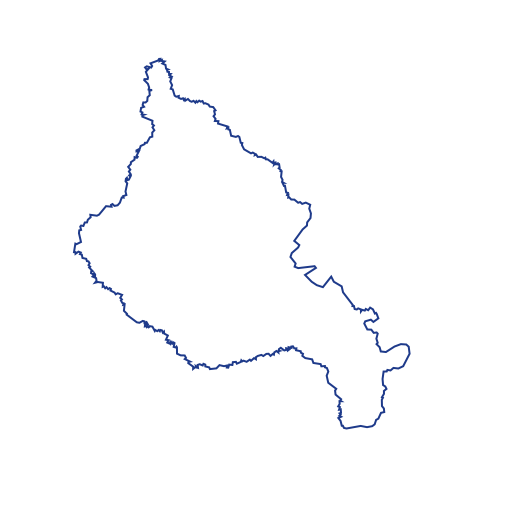 Nam Khun, Ubon Ratchathani, Thailand (Mercator projection), rotated 298°
{"feature_id": "78962969B96008774598843", "entity_name": "Nam Khun", "entity_type": "district", "adm_level": 2, "iso_a3": "THA", "parent_name": "Thailand", "parent_adm1": "Ubon Ratchathani", "projection": "mercator", "projection_center": [104.905, 14.55], "detail": "fine", "context": "isolated", "style": "outline", "palette": "blue", "viewbox_px": 512, "rotation_deg": 298, "n_neighbors": 0, "source": "geoboundaries", "source_scale": "gbopen_adm2", "svg_char_len": 6091}
<svg xmlns="http://www.w3.org/2000/svg" viewBox="0 0 512 512"><g transform="rotate(298 256 256)"><path d="M370.4,69.5L369.4,71.7L370.8,73.2L366.9,72.3L363.0,76.8L361.3,77.3L359.8,74.5L358.8,74.7L357.3,79.7L354.7,82.5L352.6,83.0L353.7,86.3L351.7,84.3L348.1,86.7L345.3,85.7L341.9,87.2L339.7,86.4L338.7,84.4L336.1,85.0L335.2,87.1L332.9,85.0L329.3,86.2L329.4,88.3L327.4,88.5L328.1,90.7L326.9,89.6L325.7,90.2L326.8,101.1L323.7,102.4L323.3,104.6L321.0,104.2L319.3,107.2L316.3,106.4L312.7,108.4L311.0,106.6L304.7,106.5L303.8,104.8L302.4,105.1L299.0,102.5L296.2,103.0L293.1,100.9L292.2,101.4L293.8,103.4L288.5,103.5L288.1,105.0L286.8,104.8L286.3,102.4L284.0,103.5L280.1,101.5L278.4,102.3L274.7,101.3L273.2,104.5L270.9,104.1L269.4,107.0L267.6,106.2L267.3,107.0L268.9,107.8L263.7,107.9L262.6,106.8L264.4,105.3L263.1,104.9L260.7,105.8L259.7,108.2L251.7,110.5L249.0,112.9L246.5,110.6L245.4,111.7L244.6,110.0L239.2,110.8L235.8,110.0L233.8,107.5L234.5,104.9L233.1,104.0L231.7,105.3L229.6,100.2L218.8,98.0L216.9,96.6L214.6,90.4L212.6,91.8L209.1,90.5L206.3,91.0L205.2,89.1L201.5,89.5L200.8,87.3L199.5,87.0L196.9,89.3L195.7,87.9L193.0,89.0L186.2,94.9L182.2,92.0L182.1,90.7L174.0,93.5L174.6,94.7L173.2,95.6L176.5,97.2L176.8,99.7L175.0,99.7L175.4,101.6L172.8,103.7L173.8,107.4L172.1,109.1L172.6,110.6L171.5,112.5L169.3,112.4L168.7,114.6L167.5,114.1L166.0,118.7L165.1,117.7L163.4,118.4L163.4,120.6L164.9,121.0L164.2,122.6L163.0,123.2L163.2,121.8L161.1,121.3L161.4,125.2L159.3,126.8L156.8,126.4L158.8,128.6L160.5,133.4L156.8,135.1L157.8,135.9L156.7,138.0L158.3,138.6L157.3,141.0L158.9,141.8L158.8,143.4L157.2,143.7L157.3,148.3L156.3,150.1L158.2,151.4L158.8,156.0L155.3,155.8L154.7,158.0L153.3,157.6L151.8,160.0L152.1,161.4L150.6,161.7L151.6,162.7L145.6,165.1L144.4,169.2L143.5,169.3L141.5,181.9L142.3,184.4L145.5,186.5L145.9,188.1L144.6,188.9L146.3,190.3L144.8,192.7L144.0,190.0L141.7,190.9L142.5,191.6L141.9,192.9L143.1,193.1L142.6,194.7L144.3,195.5L145.0,197.7L142.3,201.8L143.4,201.8L143.3,204.1L144.9,204.7L144.4,206.4L145.8,206.2L146.2,207.8L144.6,209.7L146.1,210.2L144.4,211.4L144.4,215.5L139.8,215.8L140.6,218.3L137.9,218.3L138.1,220.9L139.7,220.7L138.6,222.0L140.5,222.1L139.6,223.4L141.0,223.8L140.9,224.9L137.1,226.0L137.5,228.0L138.7,228.3L138.2,229.1L132.7,232.1L132.9,236.1L134.7,239.7L133.2,242.0L131.6,241.5L131.8,247.3L130.8,246.1L129.6,246.5L128.8,252.5L126.8,253.5L129.2,254.5L129.6,255.9L130.5,254.9L130.3,257.1L132.4,255.6L134.0,257.1L134.3,260.3L136.1,260.2L136.3,262.2L134.7,263.1L135.7,267.0L134.5,268.4L138.2,273.8L142.5,275.0L143.7,279.5L145.6,281.7L143.8,282.5L144.4,283.9L147.5,283.3L148.7,286.3L151.4,285.4L153.1,288.0L151.9,289.6L155.3,292.3L157.0,292.0L156.5,293.3L157.7,294.1L158.2,297.4L161.6,299.2L161.1,300.8L164.9,302.2L164.8,304.4L166.6,303.4L168.6,304.5L171.2,307.2L171.1,309.4L174.4,311.1L175.6,313.0L174.6,315.7L177.4,316.8L177.3,318.1L179.4,317.4L181.7,318.6L181.3,321.0L182.2,320.3L183.3,321.4L183.1,320.4L184.6,320.0L186.6,321.0L185.9,325.3L187.4,326.9L188.7,325.9L189.4,327.5L187.6,328.5L189.7,329.5L190.9,328.0L191.5,330.4L192.6,329.7L193.6,331.0L192.4,333.2L193.4,335.0L191.6,335.6L192.9,340.2L191.7,341.0L191.7,343.4L189.6,343.8L189.0,347.4L191.1,354.1L188.5,356.9L190.9,363.8L189.3,365.5L191.2,368.5L190.1,369.2L190.4,371.2L187.9,374.1L183.5,374.6L178.0,379.3L176.4,389.2L174.3,389.0L171.0,391.3L169.5,398.4L167.9,398.3L167.8,399.4L167.0,397.9L164.7,399.3L161.8,399.2L162.0,401.0L159.3,401.5L160.4,402.8L157.4,404.7L156.3,403.7L155.7,405.2L154.0,404.6L154.0,406.6L151.6,404.8L150.1,408.1L146.4,411.4L146.9,412.4L145.5,414.4L146.2,416.9L155.1,428.2L157.0,434.4L160.3,438.5L163.1,439.8L167.7,439.0L169.8,440.4L176.2,440.0L178.4,442.5L181.4,440.5L182.6,437.7L188.1,434.6L190.4,434.6L190.4,433.5L194.4,433.7L196.9,432.3L199.9,433.6L201.5,431.4L201.7,428.8L206.8,425.5L213.9,422.9L215.4,425.6L217.1,425.5L218.1,428.5L221.7,429.9L223.5,434.5L227.8,437.7L241.8,437.5L247.6,433.4L248.4,430.2L246.2,425.3L241.1,420.8L232.2,415.8L230.3,411.0L233.5,408.0L234.8,403.8L236.5,404.2L239.5,401.1L244.6,399.9L245.1,398.4L243.4,396.0L245.1,392.4L243.4,388.8L247.2,383.3L249.6,383.1L253.7,387.3L252.9,390.6L258.4,393.3L261.5,389.8L262.1,388.7L261.0,388.0L263.8,384.3L264.0,381.0L260.8,380.5L260.8,377.8L258.9,377.7L258.3,375.0L256.3,374.7L258.1,373.7L257.7,370.8L256.1,370.1L255.5,368.0L257.8,366.0L257.1,364.7L258.2,364.4L264.8,349.9L269.4,345.9L269.8,336.8L273.1,332.1L259.9,329.7L258.8,323.4L259.4,317.3L262.3,308.2L273.6,314.5L274.5,312.5L265.1,298.9L264.7,295.1L268.0,294.5L271.3,286.9L275.4,286.2L283.3,289.2L286.0,289.1L287.3,282.7L301.4,284.7L306.8,286.7L309.7,285.4L315.1,286.3L319.4,284.5L322.8,280.8L326.7,279.8L326.5,274.9L323.7,272.3L324.3,269.6L322.8,268.2L323.8,263.4L322.4,260.6L323.4,257.7L322.7,257.0L325.4,255.8L324.6,254.8L326.7,254.5L326.3,252.8L331.6,248.6L331.0,247.8L333.1,245.0L333.6,246.0L333.7,244.2L335.7,243.7L337.6,241.0L342.8,238.9L342.4,237.8L343.6,237.5L344.1,234.9L345.2,235.3L347.9,233.3L347.0,232.0L347.9,231.6L346.3,230.2L347.2,229.6L345.5,229.1L347.1,228.7L346.3,227.9L347.7,227.0L346.0,226.7L346.8,220.9L346.0,219.4L347.2,218.1L346.2,217.5L346.1,214.2L344.3,211.0L345.7,208.5L344.5,207.6L345.7,207.3L345.8,204.6L344.3,203.4L344.6,195.4L347.4,191.4L349.3,190.9L348.8,189.4L353.3,185.4L353.5,183.8L351.7,182.3L350.5,177.6L355.1,173.7L354.8,172.1L356.4,171.3L355.1,170.3L357.0,170.0L355.1,160.3L357.4,159.5L355.9,156.3L358.1,155.9L359.5,152.9L361.8,153.3L364.3,151.0L365.6,151.9L367.4,148.3L366.2,145.0L367.4,143.0L367.1,139.5L366.1,138.3L367.7,136.0L366.3,134.7L366.5,132.9L364.3,132.1L364.8,130.6L362.9,130.5L363.7,128.0L362.0,126.8L361.8,125.0L362.7,122.2L359.9,120.6L361.3,119.4L359.9,119.0L361.0,117.5L359.5,116.1L359.4,113.3L361.0,112.7L359.2,110.8L359.4,108.9L364.0,104.3L363.6,102.2L367.5,101.7L369.9,98.3L373.5,97.9L373.3,96.4L374.8,97.2L374.8,94.8L376.6,95.2L375.9,93.8L377.7,92.7L377.1,91.3L378.7,89.9L379.4,90.6L379.2,88.6L382.2,86.4L382.0,82.9L384.9,84.0L383.9,81.0L384.7,80.8L383.0,79.5L385.2,79.0L384.5,77.9L382.7,77.8L376.6,72.4L375.0,75.1L373.2,75.0L372.2,70.5L370.4,69.5Z" fill="none" stroke="#1e3a8a" stroke-width="2"/></g></svg>